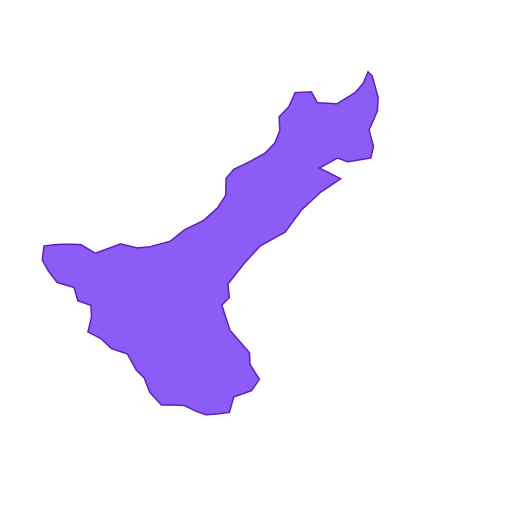 Palaiometocho, Nicosia, Cyprus, rotated 331°
{"feature_id": "46923920B18334811709617", "entity_name": "Palaiometocho", "entity_type": "district", "adm_level": 2, "iso_a3": "CYP", "parent_name": "Cyprus", "parent_adm1": "Nicosia", "projection": "albers", "projection_center": [33.213, 35.123], "detail": "fine", "context": "isolated", "style": "filled", "palette": "violet", "viewbox_px": 512, "rotation_deg": 331, "n_neighbors": 0, "source": "geoboundaries", "source_scale": "gbopen_adm2", "svg_char_len": 1077}
<svg xmlns="http://www.w3.org/2000/svg" viewBox="0 0 512 512"><g transform="rotate(331 256 256)"><path d="M443.3,149.2L433.5,156.9L422.2,161.1L400.5,162.1L384.0,151.7L384.0,139.3L369.5,132.1L357.1,141.4L343.7,145.5L337.5,158.0L327.2,166.3L313.8,170.4L295.2,170.4L278.7,169.4L267.4,173.6L259.1,188.1L245.7,195.3L227.1,199.5L206.5,198.4L187.9,201.5L167.2,196.4L155.9,191.2L143.5,179.8L116.7,175.6L108.4,161.1L96.0,153.8L85.7,148.6L75.4,144.5L67.1,155.9L67.1,168.3L69.2,182.8L81.6,195.3L78.5,208.8L87.7,219.1L82.6,229.5L78.0,234.6L72.2,240.9L80.5,253.4L84.6,266.8L96.0,279.3L96.0,298.0L99.1,308.3L97.0,323.9L101.1,340.5L110.4,345.7L120.7,351.9L128.0,362.3L135.2,370.6L146.5,375.8L156.9,379.9L168.2,368.5L186.8,371.6L199.2,365.4L198.2,347.8L203.4,337.4L197.2,308.4L202.3,282.4L212.6,279.3L217.8,266.9L242.6,256.5L264.3,249.3L278.7,249.2L293.2,249.2L306.6,243.0L318.0,237.8L342.7,231.6L367.5,229.5L354.1,209.8L374.7,209.8L381.9,218.1L403.9,225.9L411.9,217.1L416.0,200.5L432.5,188.0L439.7,176.6L444.9,154.8L443.3,149.2Z" fill="#8b5cf6" stroke="#5b21b6" stroke-width="1.5"/></g></svg>